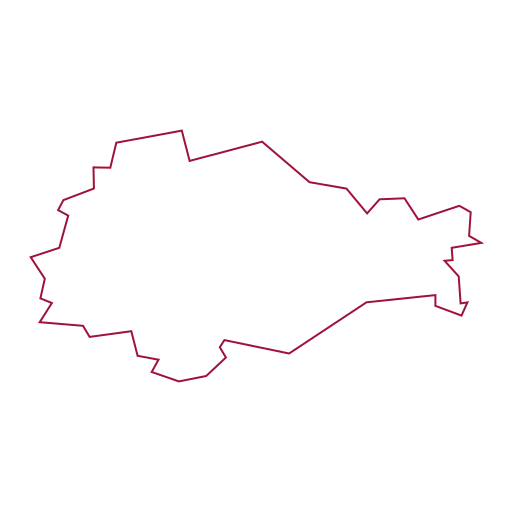 an SVG outline of Kursk
{"feature_id": "RUS-2362", "entity_name": "Kursk", "entity_type": "Region", "adm_level": 1, "iso_a3": "RUS", "parent_name": "Russia", "parent_adm1": "", "projection": "albers", "projection_center": [36.333, 51.669], "detail": "coarse", "context": "isolated", "style": "outline", "palette": "rose", "viewbox_px": 512, "rotation_deg": 0, "n_neighbors": 0, "source": "natural_earth", "source_scale": "10m", "svg_char_len": 701}
<svg xmlns="http://www.w3.org/2000/svg" viewBox="0 0 512 512"><path d="M59.3,247.8L68.2,215.6L58.1,210.1L63.4,200.1L93.9,188.5L93.5,167.4L110.3,167.7L116.3,142.7L181.8,130.6L189.6,160.9L262.1,141.7L309.5,182.2L346.5,188.6L367.1,213.4L379.6,199.3L404.5,198.3L418.3,219.5L459.3,205.8L470.7,212.2L469.1,235.9L481.3,242.9L451.7,247.8L452.6,260.1L444.6,260.8L458.7,276.4L460.6,303.4L467.4,302.4L461.5,315.6L435.4,305.9L435.4,295.1L366.5,302.3L289.1,353.5L224.4,340.1L219.8,347.2L225.9,357.5L206.2,376.0L178.9,381.4L151.7,372.0L158.5,359.7L137.6,355.8L131.3,331.2L89.6,336.9L83.0,325.8L39.7,322.2L51.9,303.0L40.4,298.4L44.8,278.7L30.7,257.2L59.3,247.8Z" fill="none" stroke="#9f1239" stroke-width="2"/></svg>